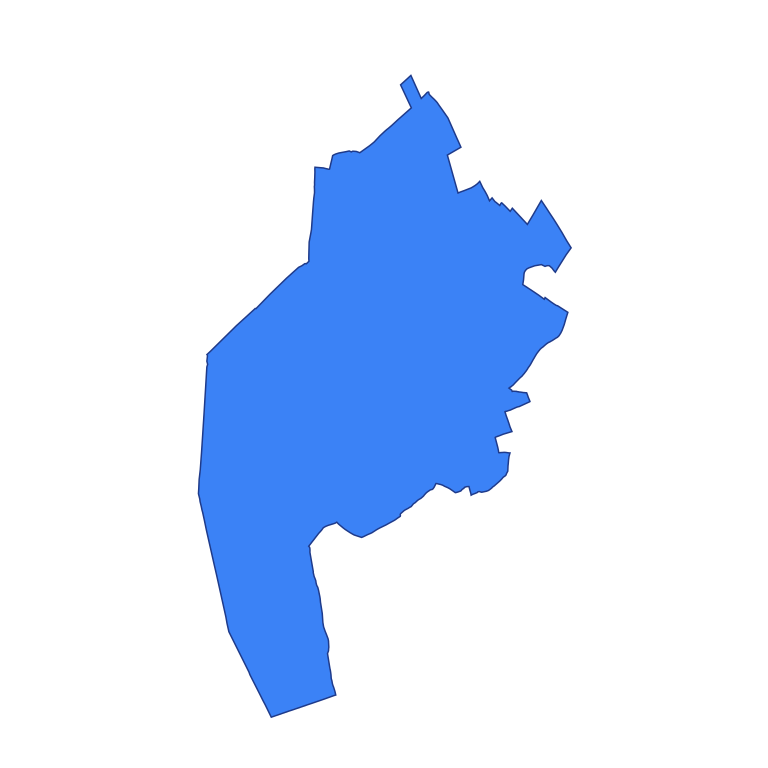 outline of Calarasi, Cluj, Romania, rotated 254°
{"feature_id": "2599482B54810479823537", "entity_name": "Calarasi", "entity_type": "district", "adm_level": 2, "iso_a3": "ROU", "parent_name": "Romania", "parent_adm1": "Cluj", "projection": "natural_earth1", "projection_center": [23.841, 46.485], "detail": "fine", "context": "isolated", "style": "filled", "palette": "blue", "viewbox_px": 768, "rotation_deg": 254, "n_neighbors": 0, "source": "geoboundaries", "source_scale": "gbopen_adm2", "svg_char_len": 6066}
<svg xmlns="http://www.w3.org/2000/svg" viewBox="0 0 768 768"><g transform="rotate(254 384 384)"><path d="M463.3,601.4L471.7,599.0L480.7,596.8L490.0,594.2L496.1,592.4L503.6,590.0L508.3,588.6L517.0,585.8L505.5,573.9L497.9,565.8L517.6,555.8L515.2,552.9L521.8,549.4L525.7,547.1L525.5,546.3L523.7,544.5L527.5,541.9L528.8,540.9L533.1,539.2L531.0,535.9L536.7,535.2L541.3,534.2L545.7,533.0L552.4,531.9L550.8,529.1L549.7,526.3L549.0,523.8L548.5,521.9L547.8,514.5L547.5,510.3L547.2,507.8L586.6,508.0L588.4,515.2L589.7,520.4L590.4,523.2L596.2,522.4L600.2,521.8L622.1,518.8L630.9,515.8L634.0,514.7L636.5,513.8L639.9,512.7L641.8,511.8L643.7,510.8L646.9,508.9L649.9,507.3L652.2,507.4L652.5,507.0L652.4,506.5L652.3,505.8L650.1,502.1L648.2,498.5L673.2,494.9L667.0,482.4L641.9,486.4L634.2,470.2L630.5,462.9L628.4,458.3L627.9,457.0L626.8,454.6L623.8,448.7L619.3,441.2L617.0,435.8L613.0,424.5L615.2,421.4L615.9,419.5L616.4,418.1L616.1,416.5L617.6,414.8L617.8,411.5L618.5,404.2L618.4,400.8L618.3,400.2L618.1,398.9L617.7,397.6L614.7,396.0L610.5,393.6L609.2,392.9L605.6,390.9L605.5,390.6L605.6,390.2L607.6,386.6L608.3,385.5L611.4,377.4L609.8,376.8L606.7,376.0L601.4,374.3L597.0,372.8L594.3,372.1L593.1,371.5L590.1,370.8L586.9,369.9L582.1,367.8L578.8,366.5L568.0,362.5L552.6,356.9L549.1,355.2L541.1,351.2L530.3,347.8L525.1,346.2L522.7,345.7L522.2,344.8L521.8,344.1L521.0,342.5L521.4,341.5L521.5,341.0L520.3,337.6L519.7,334.1L512.7,319.7L501.8,299.3L491.7,281.7L492.1,281.0L491.4,279.7L480.7,258.1L463.4,226.4L461.1,221.9L460.4,222.2L459.8,222.0L459.3,221.9L454.7,220.0L451.5,219.9L449.2,218.4L431.3,212.1L403.3,202.2L399.4,200.8L369.2,190.0L352.1,183.7L343.2,180.0L334.5,177.1L329.7,175.4L324.3,175.2L321.7,174.8L316.9,174.6L312.8,174.3L310.8,174.3L303.0,173.8L292.5,173.0L257.5,171.0L246.1,170.4L203.6,167.8L197.0,167.1L188.6,166.6L144.3,174.8L141.4,175.0L120.1,179.1L113.1,180.4L108.3,181.4L94.8,183.8L95.8,202.5L95.9,205.6L96.8,223.1L96.9,226.0L97.6,239.4L98.0,245.7L98.3,250.2L98.3,251.9L102.0,252.1L106.5,252.0L108.4,251.8L110.2,251.8L112.9,252.1L115.4,252.1L116.0,252.2L119.2,252.9L121.9,253.3L123.6,253.5L125.5,253.6L140.5,255.4L142.8,257.1L144.8,257.8L146.2,258.4L150.5,259.4L151.5,259.6L152.0,259.8L154.5,260.0L159.5,259.6L162.1,259.3L167.1,259.0L171.6,259.5L180.4,261.4L191.8,262.8L193.3,263.1L194.4,263.3L195.5,263.5L197.2,263.7L203.6,264.2L206.7,264.3L209.1,263.8L211.7,263.9L213.7,264.2L215.4,264.1L218.3,263.8L222.3,264.0L223.1,264.3L242.7,266.4L244.1,266.9L245.8,267.3L247.0,267.5L248.0,267.3L248.8,266.9L258.4,280.0L259.3,281.5L259.8,282.3L260.7,283.7L262.5,286.0L262.7,286.6L262.9,287.3L263.2,288.7L263.5,291.3L263.6,296.7L263.7,298.8L264.2,300.5L261.9,301.7L256.9,305.1L255.0,306.5L250.7,310.2L248.5,312.3L247.1,313.7L242.7,320.2L242.9,322.1L243.8,327.1L244.1,329.9L244.4,331.6L245.2,334.2L246.0,336.8L246.5,338.9L246.8,340.3L247.7,345.4L247.9,346.7L248.9,351.0L249.9,355.6L250.4,357.5L251.3,359.9L252.1,362.5L252.4,363.2L253.0,363.5L254.0,363.6L254.5,363.9L254.9,364.5L256.8,368.5L257.2,369.9L257.8,372.8L258.4,374.8L258.6,376.0L258.7,376.4L260.7,379.2L261.0,380.0L261.3,381.2L262.9,384.3L263.4,385.8L263.9,387.9L264.9,390.1L265.4,391.1L266.3,392.3L267.7,394.6L268.4,396.2L269.1,398.4L269.4,399.2L269.5,400.0L269.3,400.9L269.7,402.2L271.0,403.8L274.0,406.5L273.6,407.6L272.9,408.7L271.7,410.9L270.9,412.0L270.5,412.6L269.1,413.9L266.8,416.7L265.1,418.4L261.8,421.1L259.9,422.6L259.8,423.4L259.8,424.7L259.8,425.6L260.0,428.3L260.3,428.9L260.9,429.7L261.3,430.4L261.4,430.8L261.6,431.8L262.0,432.4L262.2,432.5L262.4,432.7L262.5,433.0L262.5,434.1L262.6,434.6L262.3,436.4L262.0,437.4L258.6,437.3L256.3,437.3L255.0,437.3L253.1,437.1L253.5,438.8L253.7,441.6L254.0,443.8L254.5,444.6L254.4,445.5L254.3,445.9L254.2,446.3L253.5,447.2L253.0,448.2L253.0,448.7L252.9,449.8L252.8,451.4L252.7,452.3L252.7,453.3L252.8,454.7L253.0,455.6L253.7,457.4L254.4,459.1L254.9,459.7L255.7,462.0L256.1,462.8L256.9,464.5L258.8,468.5L260.1,470.8L261.4,472.7L261.7,473.4L262.2,475.0L262.5,475.6L262.8,476.1L263.2,476.4L264.4,477.3L266.0,478.9L266.5,479.1L271.3,480.7L273.2,481.5L276.7,482.8L279.9,484.2L283.0,486.1L283.4,484.9L284.6,482.3L285.2,480.6L285.5,479.1L285.9,477.4L286.2,475.6L286.4,475.4L287.5,475.5L287.9,475.6L289.2,475.7L291.9,475.9L300.3,476.1L301.8,476.1L302.0,476.2L302.1,476.4L302.4,478.7L302.3,478.8L302.4,479.4L302.4,479.9L302.5,480.8L302.5,481.0L302.9,485.0L302.9,485.6L303.0,493.9L303.8,493.8L308.1,493.3L312.4,493.2L312.8,493.1L314.2,493.1L320.3,492.7L321.8,492.7L323.7,492.6L324.1,492.7L324.2,493.1L324.0,494.0L324.0,494.8L324.1,495.9L324.1,496.3L324.1,497.3L324.1,498.3L324.4,500.1L324.5,500.7L324.6,501.5L325.1,505.1L325.1,505.3L325.1,505.5L325.2,506.4L325.0,507.5L326.1,514.7L326.8,519.3L326.9,519.5L327.1,519.5L331.6,519.0L333.9,518.9L336.2,518.7L336.4,518.3L336.5,517.8L336.8,517.2L337.4,515.5L338.0,514.3L338.7,512.7L338.9,512.3L339.1,511.6L339.4,511.2L339.7,510.5L339.9,510.2L340.0,509.8L340.4,509.3L340.6,508.7L341.4,506.4L341.5,505.8L341.5,505.2L343.0,505.0L343.2,504.8L343.3,504.7L345.6,503.0L346.1,504.3L346.2,504.7L346.2,504.9L346.3,504.9L346.3,505.1L346.6,505.7L346.9,506.6L347.5,508.0L348.0,508.8L348.6,509.8L349.1,510.6L351.5,514.8L351.9,515.5L352.6,516.8L353.5,518.8L354.0,519.5L354.4,520.1L354.7,520.5L355.5,521.8L356.0,522.4L357.3,524.2L357.7,524.7L358.5,525.6L358.7,525.9L359.9,527.1L360.8,528.3L362.2,530.0L364.0,531.8L366.8,534.6L367.3,535.2L368.5,536.4L371.1,539.2L372.5,541.1L373.0,541.7L373.6,542.7L374.1,543.2L375.2,545.3L375.7,546.8L376.8,549.1L377.0,549.5L377.4,550.4L377.8,551.3L378.0,551.6L378.0,551.8L378.0,552.0L378.6,553.6L378.7,554.8L378.9,555.6L379.1,556.2L379.4,557.7L380.7,561.9L381.1,563.6L382.1,565.5L384.3,568.0L386.5,570.0L391.4,573.6L396.4,576.7L402.2,580.5L411.4,572.4L412.1,571.2L414.5,569.1L416.8,567.2L422.7,562.7L421.3,561.4L426.9,557.1L436.8,548.7L441.3,544.8L445.8,546.9L451.4,549.0L452.8,549.8L454.2,551.3L455.3,553.2L455.7,555.2L456.1,561.5L455.4,568.2L452.7,571.2L452.8,573.3L452.2,575.5L449.0,577.5L446.0,578.6L444.2,579.5L448.3,583.9L458.0,594.7L463.3,601.4Z" fill="#3b82f6" stroke="#1e3a8a" stroke-width="1.5"/></g></svg>